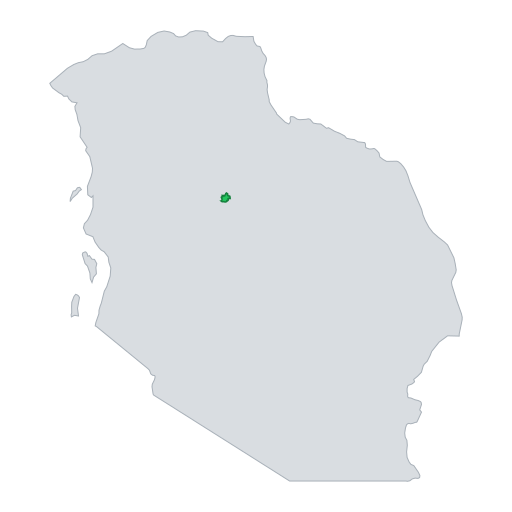 location of Iringa Urban, Iringa, United Republic of Tanzania, rotated 180°
{"feature_id": "72390352B98765493528957", "entity_name": "Iringa Urban", "entity_type": "district", "adm_level": 2, "iso_a3": "TZA", "parent_name": "United Republic of Tanzania", "parent_adm1": "Iringa", "projection": "robinson", "projection_center": [35.688, -7.748], "detail": "fine", "context": "in_parent", "style": "filled", "palette": "green", "viewbox_px": 512, "rotation_deg": 180, "n_neighbors": 0, "source": "geoboundaries", "source_scale": "gbopen_adm2", "svg_char_len": 5567}
<svg xmlns="http://www.w3.org/2000/svg" viewBox="0 0 512 512"><g transform="rotate(180 256 256)"><path d="M183.5,384.3L177.4,380.7L171.9,378.5L167.4,376.1L165.4,373.7L161.2,372.8L157.6,372.4L154.2,370.2L147.3,369.4L146.5,367.9L146.4,364.7L145.2,363.9L142.7,363.0L140.0,363.1L138.3,363.5L137.3,363.3L135.1,361.4L133.0,359.0L132.2,355.1L129.0,352.6L125.4,350.6L115.2,350.8L113.6,350.2L111.2,348.3L108.4,345.0L106.1,341.3L104.1,336.3L102.0,329.5L90.3,302.4L89.1,297.3L86.8,291.6L83.1,284.7L79.1,279.5L73.8,274.8L67.7,270.1L64.4,267.0L58.1,254.2L56.8,248.3L55.8,242.1L56.2,239.6L60.1,231.6L60.5,229.4L60.0,226.4L58.0,220.0L55.6,212.3L50.6,198.3L49.8,194.8L49.9,192.1L52.8,177.9L52.8,175.9L64.4,176.2L72.9,169.9L80.3,160.6L81.8,156.7L84.8,150.7L87.8,147.8L88.9,145.7L90.6,139.7L94.5,135.7L98.3,132.6L97.5,130.4L98.0,129.6L100.1,128.0L104.1,126.5L104.9,123.4L104.9,119.9L104.2,117.9L104.4,115.6L103.7,114.3L101.1,114.0L97.2,112.3L93.9,111.5L91.7,110.5L90.9,109.7L90.5,107.6L92.3,102.1L90.5,99.9L94.6,90.9L95.3,89.8L96.8,89.6L99.1,88.7L101.3,88.2L103.1,88.6L104.4,88.2L105.5,87.2L106.5,84.1L107.3,79.0L106.8,74.8L105.1,71.6L104.7,66.7L105.4,60.1L104.9,54.6L103.0,50.2L101.1,47.6L98.2,46.4L93.6,39.7L92.1,36.4L92.4,34.4L94.0,33.6L96.9,33.9L99.7,33.1L102.2,31.2L104.7,30.7L106.0,31.0L222.4,31.0L358.3,116.9L358.9,117.9L360.0,125.3L359.7,127.8L357.6,132.1L357.0,134.3L357.0,135.9L357.5,136.5L359.3,136.7L360.8,137.7L361.4,138.5L362.5,141.7L364.0,143.3L415.6,185.5L416.8,186.1L416.1,189.6L413.1,198.2L413.0,201.8L411.8,206.0L410.7,208.8L407.7,220.8L405.2,225.3L401.8,235.9L401.2,244.0L403.1,249.7L403.8,255.0L407.8,260.2L410.9,262.0L413.1,264.4L416.9,269.9L419.1,275.3L425.9,278.0L428.6,284.1L427.6,288.3L424.4,291.8L421.5,297.4L419.0,304.8L419.0,316.2L420.6,314.5L424.2,317.2L424.6,325.6L420.9,335.3L419.7,339.9L419.5,343.8L422.2,355.4L426.3,361.3L426.0,363.2L424.9,364.7L431.9,375.2L431.3,384.3L434.0,391.4L435.1,397.6L436.8,402.3L437.1,405.6L435.0,409.2L440.1,410.1L443.1,413.0L444.5,415.9L448.2,415.7L450.2,417.7L453.1,419.3L459.4,424.0L461.1,426.4L462.2,428.7L444.6,443.7L438.2,447.5L433.7,449.3L428.8,450.3L424.2,452.6L419.9,456.3L414.3,458.2L407.6,458.2L400.4,460.8L389.2,468.5L382.7,464.3L377.6,462.9L371.7,463.0L368.2,463.6L366.9,464.5L365.7,467.1L364.8,471.4L360.9,475.6L354.2,479.6L347.9,481.0L342.2,480.0L338.4,478.4L336.4,476.1L333.4,475.0L329.5,475.2L325.7,476.8L322.1,479.9L316.4,481.3L308.6,480.9L304.3,479.4L303.8,476.8L300.3,473.8L294.0,470.3L289.4,470.2L286.4,473.5L283.7,475.6L281.2,476.5L279.0,476.6L275.8,475.7L267.1,475.3L258.9,475.5L258.1,470.7L256.4,467.7L254.9,466.0L252.1,465.5L251.3,464.2L250.3,461.2L248.9,458.6L247.0,456.5L245.9,454.6L245.5,452.8L245.8,450.8L247.6,445.8L248.1,442.5L247.9,439.0L247.0,435.4L245.0,431.2L245.2,430.0L244.5,427.1L244.5,425.1L244.9,422.6L244.5,419.3L242.8,412.2L242.8,410.4L241.0,407.0L235.5,398.9L235.3,397.9L226.7,389.7L223.2,388.0L222.0,389.5L221.5,390.9L221.9,393.5L221.7,394.8L221.3,395.4L219.3,395.3L218.0,395.0L214.8,392.8L212.2,392.3L205.9,392.7L203.7,393.2L202.0,392.7L198.7,388.9L194.8,388.2L191.2,388.0L185.5,383.7L183.5,384.3ZM426.9,248.4L429.7,257.3L429.3,259.0L427.3,260.0L426.3,260.1L425.0,258.7L424.1,255.7L422.6,256.4L420.0,252.8L417.5,252.6L415.2,248.3L416.1,244.6L415.6,238.2L418.4,234.9L420.0,229.4L421.7,233.1L422.1,239.0L424.5,245.9L426.9,248.4ZM440.6,195.1L440.9,197.2L440.3,199.2L440.4,205.6L440.2,209.8L438.0,215.6L436.3,217.7L434.8,217.1L433.5,216.1L432.5,214.5L434.5,203.8L433.5,196.0L437.5,196.7L440.6,195.1ZM434.6,324.2L432.6,324.7L431.9,324.2L430.6,322.4L432.8,320.9L434.9,318.0L439.7,313.8L441.9,310.4L441.6,313.7L438.8,320.9L436.5,321.4L434.6,324.2Z" fill="#d9dde1" stroke="#a8b0b8" stroke-width="1"/><path d="M289.8,316.5L289.8,316.2L289.8,315.9L289.9,315.6L290.0,315.5L290.1,315.3L290.0,315.2L290.3,315.1L290.5,315.0L290.7,314.8L290.6,314.6L290.6,314.4L290.5,314.1L290.4,313.9L290.3,313.7L290.2,313.4L290.0,313.2L289.9,313.1L289.9,312.8L289.9,312.7L289.9,312.4L290.1,312.0L290.3,311.8L290.4,311.6L290.6,311.2L290.7,310.9L290.8,310.9L290.7,310.8L290.6,310.7L290.4,310.6L290.2,310.4L289.8,310.4L289.6,310.3L289.2,310.3L289.0,310.2L288.8,310.3L288.7,310.3L288.4,310.3L288.2,310.4L287.9,310.3L287.7,310.2L287.4,310.1L287.2,310.0L286.9,310.0L286.6,310.0L286.4,310.1L286.2,310.1L285.9,310.2L285.8,310.3L285.7,310.3L285.4,310.5L285.2,310.7L285.2,310.8L285.1,310.7L285.0,310.8L284.9,310.9L284.9,311.0L284.7,311.2L284.6,311.3L284.4,311.3L284.2,311.4L284.2,311.5L283.9,311.7L283.9,311.8L283.8,312.0L283.7,312.2L283.7,312.3L283.7,312.5L283.8,312.6L283.9,312.8L284.0,312.9L283.9,313.0L283.9,313.3L283.9,313.5L283.6,313.6L283.3,313.6L283.0,313.7L282.9,313.7L282.6,313.6L282.3,313.4L282.2,313.4L282.0,313.5L281.9,313.5L282.0,313.8L281.9,313.9L281.9,314.0L281.9,314.3L281.9,314.5L282.0,314.7L282.0,314.8L282.0,315.0L282.2,315.3L282.1,315.5L282.2,315.8L282.3,315.9L282.5,315.8L282.6,316.0L282.8,316.0L283.0,316.0L283.3,316.1L283.5,316.1L283.9,316.3L284.1,316.4L284.1,316.5L284.3,316.5L284.4,316.8L284.5,317.0L284.4,317.5L284.3,317.9L284.3,318.1L284.6,318.4L284.7,318.5L284.9,318.6L285.0,318.6L285.3,318.8L285.5,318.9L285.6,319.0L285.7,318.9L285.8,318.8L286.0,318.7L286.2,318.4L286.3,318.3L286.3,318.2L286.3,317.9L286.4,317.7L286.5,317.6L286.6,317.4L286.8,317.2L287.0,316.9L287.1,316.6L287.3,316.5L287.3,316.4L287.5,316.3L287.5,316.2L287.7,316.3L287.8,316.2L288.0,316.2L288.1,316.3L288.2,316.2L288.3,316.2L288.5,316.0L288.7,315.9L288.7,316.0L288.8,315.9L288.8,316.0L289.0,316.1L289.1,316.3L289.3,316.5L289.5,316.5L289.8,316.6L289.8,316.5Z" fill="#22c55e" stroke="#15803d" stroke-width="1.5"/></g></svg>